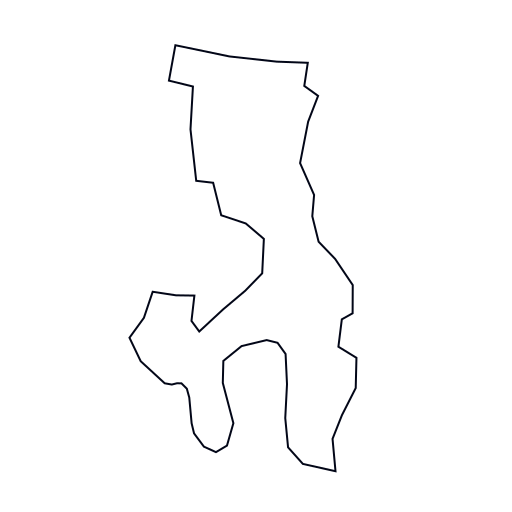 outline of Rujienas, rotated 194°
{"feature_id": "LVA-5796", "entity_name": "Rujienas", "entity_type": "Municipality", "adm_level": 1, "iso_a3": "LVA", "parent_name": "Latvia", "parent_adm1": "", "projection": "albers", "projection_center": [25.272, 57.927], "detail": "fine", "context": "isolated", "style": "outline", "palette": "ink", "viewbox_px": 512, "rotation_deg": 194, "n_neighbors": 0, "source": "natural_earth", "source_scale": "10m", "svg_char_len": 911}
<svg xmlns="http://www.w3.org/2000/svg" viewBox="0 0 512 512"><g transform="rotate(194 256 256)"><path d="M247.4,56.0L260.4,58.4L273.2,68.9L278.0,78.1L286.5,102.5L291.0,110.5L297.5,114.4L301.9,113.4L306.6,110.9L313.8,110.4L342.4,126.0L359.0,146.1L349.8,168.9L347.6,196.3L324.1,198.5L306.2,202.7L302.9,177.4L292.8,169.0L274.9,196.4L258.1,219.6L245.8,240.7L252.5,274.5L273.8,285.1L299.6,287.1L315.3,316.7L332.2,314.5L350.2,363.0L358.2,405.2L382.9,405.1L385.2,441.0L330.1,443.2L282.9,449.6L252.5,456.0L250.3,432.7L234.5,426.4L237.9,399.0L235.7,356.8L214.4,329.3L211.0,308.2L198.7,285.0L178.5,272.3L155.1,251.2L148.4,223.8L157.4,215.3L154.1,187.9L133.9,181.5L127.3,152.0L134.1,122.4L137.5,97.1L126.8,66.4L160.2,65.6L178.6,78.1L188.4,105.8L194.9,139.1L203.6,168.1L214.1,177.0L225.3,177.0L248.2,165.1L262.3,146.3L257.5,124.8L237.5,88.3L238.3,65.0L247.4,56.0Z" fill="none" stroke="#020617" stroke-width="2"/></g></svg>